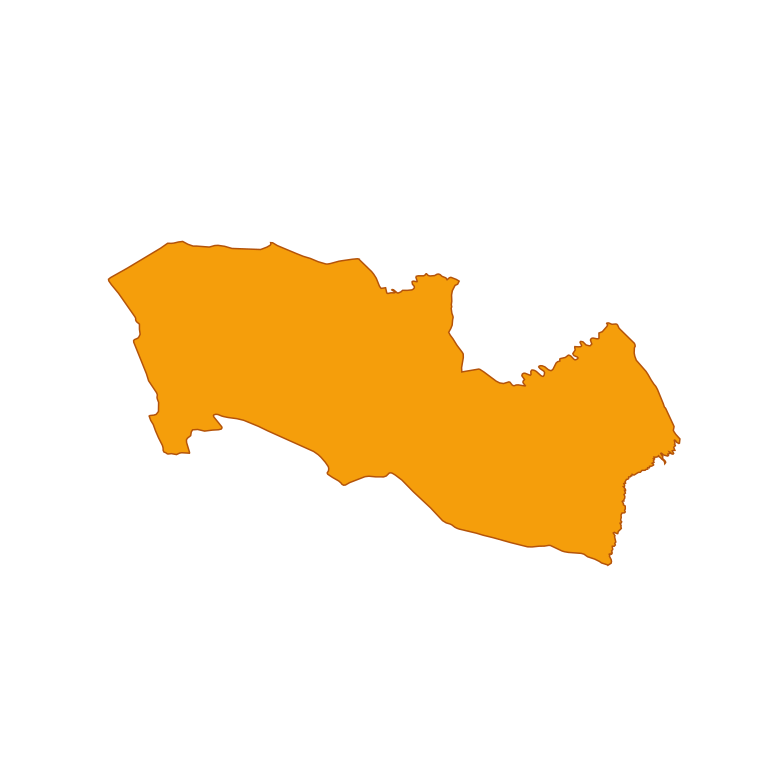 the district of Bokungu, Équateur, Democratic Republic of the Congo, rotated 123°
{"feature_id": "63176286B49430673132917", "entity_name": "Bokungu", "entity_type": "district", "adm_level": 2, "iso_a3": "COD", "parent_name": "Democratic Republic of the Congo", "parent_adm1": "Équateur", "projection": "equal_earth", "projection_center": [22.112, -0.898], "detail": "fine", "context": "isolated", "style": "filled", "palette": "amber", "viewbox_px": 768, "rotation_deg": 123, "n_neighbors": 0, "source": "geoboundaries", "source_scale": "gbopen_adm2", "svg_char_len": 6166}
<svg xmlns="http://www.w3.org/2000/svg" viewBox="0 0 768 768"><g transform="rotate(123 384 384)"><path d="M268.9,105.9L267.3,111.9L266.0,115.0L265.3,116.1L261.8,117.5L261.0,118.6L251.0,134.6L250.6,136.3L248.3,139.2L239.7,151.6L238.0,154.7L237.1,157.6L235.1,162.2L232.2,167.8L230.7,171.2L226.7,185.3L224.1,188.8L221.7,191.1L217.3,193.7L215.5,193.9L214.4,194.9L213.5,196.2L209.6,215.5L209.1,217.4L207.4,220.1L207.1,221.3L207.4,222.2L209.8,225.4L210.4,228.8L211.4,230.2L212.0,230.2L212.5,228.7L214.3,228.4L221.2,229.4L224.2,231.5L228.4,228.7L229.3,229.0L230.0,229.8L231.6,233.7L232.4,234.6L233.5,235.0L234.7,234.8L237.3,231.5L239.6,231.9L240.1,232.5L241.2,235.7L240.3,240.1L241.1,242.2L242.1,242.4L242.5,242.0L243.9,239.4L244.6,239.1L245.6,239.4L246.9,241.1L248.7,244.3L249.4,244.0L251.4,242.2L255.6,242.2L256.3,241.3L256.7,240.0L256.1,236.5L256.4,235.5L257.1,235.3L258.7,236.0L259.7,236.9L259.8,238.3L258.8,242.5L259.0,244.3L259.4,245.1L263.0,246.4L266.8,250.1L267.4,250.1L269.0,249.0L270.7,250.5L272.6,251.1L279.6,250.3L281.5,250.9L282.1,251.7L282.5,254.0L282.0,258.4L282.6,261.3L283.4,262.7L284.4,263.6L285.4,263.6L285.6,263.2L286.1,261.5L286.2,256.9L286.9,255.6L289.3,254.5L290.8,254.6L291.3,255.3L291.5,256.9L290.5,263.0L290.6,265.0L291.2,266.8L291.9,267.7L293.5,267.7L296.0,265.9L297.0,266.0L298.2,271.7L299.0,272.8L300.3,273.4L301.8,273.0L302.2,272.5L303.7,268.6L305.7,268.9L306.8,268.5L307.4,267.6L308.5,264.5L308.8,264.6L311.6,270.9L312.9,272.7L314.3,273.6L315.0,274.7L315.0,276.1L313.9,279.3L314.2,280.4L318.5,284.0L320.1,287.6L320.5,291.5L319.5,306.7L319.5,311.5L319.9,312.7L331.5,325.3L328.1,327.8L318.6,331.9L315.7,333.9L314.8,335.6L311.8,343.9L308.5,350.9L307.0,355.0L305.4,357.9L301.0,358.2L297.5,358.9L292.6,361.5L290.7,362.2L289.8,362.9L287.7,365.6L283.9,368.9L282.4,369.2L280.9,370.7L277.7,372.2L272.6,375.8L268.5,377.5L262.6,378.1L260.2,376.6L256.8,377.0L256.9,380.3L258.1,386.0L259.2,387.0L262.2,387.9L261.3,389.9L262.1,394.1L261.7,396.5L262.0,398.0L263.0,399.3L265.5,400.6L268.4,404.3L268.9,406.0L268.4,408.4L268.7,408.8L270.5,409.0L271.7,409.7L274.7,414.3L276.1,415.6L277.3,415.2L279.7,412.1L280.3,412.1L281.6,415.2L282.5,416.1L283.1,416.1L284.8,414.5L285.6,411.8L286.9,410.9L288.4,411.1L289.9,411.9L292.9,415.6L295.3,419.4L297.5,420.0L299.8,421.5L300.4,422.4L299.8,427.3L300.3,428.6L300.8,428.7L300.9,428.1L300.8,426.0L301.4,424.7L302.0,425.1L303.7,427.8L306.0,430.1L306.1,431.3L302.4,435.1L305.4,438.5L304.5,441.0L299.5,448.1L297.5,452.5L296.5,455.5L293.1,472.6L292.8,472.7L292.9,473.2L293.5,474.6L296.6,478.5L303.6,486.5L305.6,488.7L312.1,494.5L314.0,496.5L315.0,498.1L317.3,505.8L318.8,514.1L320.9,521.3L322.4,528.9L326.0,548.8L326.2,554.3L327.2,556.1L328.3,555.1L329.5,555.0L332.9,556.7L338.4,560.7L353.1,585.3L355.3,592.6L358.1,598.7L360.1,601.4L364.3,605.1L370.3,616.1L372.3,619.2L373.6,624.5L374.1,630.5L376.9,633.8L380.3,637.0L381.9,639.0L383.8,642.1L391.7,645.3L426.5,662.3L443.7,671.3L446.2,672.1L447.4,671.0L449.1,666.9L452.5,656.1L463.3,629.5L464.1,628.1L465.5,627.2L466.2,626.2L466.6,625.1L467.0,621.7L471.3,618.9L475.1,615.6L477.8,615.2L479.6,615.4L482.8,617.5L484.0,617.6L485.3,616.6L504.8,588.8L509.5,583.2L515.2,570.0L516.5,568.2L518.8,567.1L519.9,566.1L522.2,563.0L529.9,558.2L533.5,558.5L535.4,560.0L537.9,563.1L538.8,563.5L541.6,559.8L543.7,555.4L547.8,550.0L551.9,543.8L556.2,536.4L557.9,534.5L560.0,533.0L560.9,531.5L560.5,529.6L560.6,527.7L560.2,526.8L558.2,524.4L556.2,519.6L553.2,517.7L551.8,516.2L548.0,509.5L547.3,509.8L540.6,517.7L538.4,519.3L536.4,519.3L532.6,518.0L529.2,519.5L526.7,519.6L523.6,515.5L521.2,508.8L516.2,502.9L512.5,497.9L510.5,496.0L509.5,495.9L508.7,496.2L508.2,496.9L504.3,508.8L503.5,509.8L502.6,509.9L501.0,508.6L500.0,506.6L499.2,502.4L498.6,500.6L497.0,496.5L493.2,488.5L490.9,482.1L487.9,466.3L486.6,455.9L478.9,406.3L479.1,400.6L479.8,396.8L481.6,390.6L483.7,385.6L485.3,384.1L487.4,383.2L489.2,383.3L489.9,382.8L490.3,382.0L490.4,376.5L490.0,369.2L490.4,366.3L491.0,364.6L490.9,362.8L489.7,361.3L485.4,359.1L472.1,349.5L469.6,346.5L466.4,340.4L462.1,333.7L459.9,332.0L455.8,331.1L454.7,329.8L454.3,328.4L454.2,324.9L454.8,316.7L458.4,300.7L462.5,277.6L466.7,260.5L466.6,256.2L465.4,252.2L465.2,250.4L465.5,246.5L465.2,244.0L464.7,241.9L458.8,225.3L456.8,218.4L453.4,208.6L448.1,191.6L442.4,175.0L440.1,171.2L435.5,165.5L432.6,161.2L429.5,157.8L428.8,156.5L427.1,143.8L426.4,141.4L424.8,137.6L418.6,126.3L417.8,123.6L418.0,119.2L416.1,111.9L415.5,106.7L415.6,104.1L413.9,97.8L414.1,97.5L410.6,95.9L409.0,96.5L407.6,97.8L405.6,101.2L404.8,101.3L404.1,102.4L403.6,102.1L403.0,100.6L402.1,100.4L401.9,101.2L400.9,101.0L399.9,102.3L398.4,102.0L397.7,102.4L396.5,103.7L395.7,104.2L394.7,102.6L393.0,102.3L392.0,103.7L390.3,103.5L386.5,107.5L385.5,107.6L384.1,110.6L383.0,110.1L382.5,106.9L382.1,106.5L380.1,107.2L375.9,106.3L374.7,107.5L373.5,108.1L372.2,110.2L371.4,109.4L370.1,109.6L369.7,110.9L368.9,111.6L366.8,112.3L364.7,113.9L362.6,114.1L361.0,112.1L359.9,112.0L358.8,113.5L357.5,113.5L355.0,115.2L354.9,117.4L353.9,118.1L352.8,120.2L351.9,120.0L351.5,119.1L350.2,119.9L348.8,119.9L347.2,120.7L345.9,122.6L344.0,122.1L342.3,124.3L341.8,123.4L340.9,124.1L339.7,127.3L339.1,126.5L337.8,127.1L336.9,128.6L336.2,127.7L335.5,127.4L335.0,128.5L332.0,128.7L331.1,127.7L330.1,127.3L328.7,128.2L327.8,127.0L327.1,126.7L326.4,127.0L326.0,126.2L324.6,126.7L324.4,125.2L324.0,124.6L319.7,122.6L318.3,120.9L316.0,120.6L314.1,118.0L313.0,117.8L311.8,116.5L310.6,117.3L309.9,115.9L309.4,115.8L308.4,116.5L307.1,114.8L305.2,113.8L304.6,114.2L304.4,116.0L302.6,114.9L301.8,116.2L300.5,116.2L300.0,117.3L299.3,116.5L298.3,117.8L297.2,116.0L296.1,115.0L294.6,114.6L295.2,113.6L295.1,112.4L295.7,110.3L295.9,107.7L296.6,106.3L297.9,105.1L296.5,105.0L295.9,105.5L295.4,106.5L294.7,109.9L293.1,110.6L291.5,114.1L291.0,113.9L290.9,113.0L291.3,110.9L290.0,107.0L289.1,106.5L288.2,107.8L286.5,106.3L285.6,107.9L285.4,106.9L285.9,104.5L285.4,103.4L284.4,103.3L283.1,105.9L282.1,105.2L281.2,103.9L279.5,106.4L278.2,106.5L277.1,106.0L276.7,106.3L276.4,107.5L275.3,107.7L273.1,109.9L272.8,109.8L272.6,108.8L273.5,106.7L273.3,104.3L272.7,104.0L268.9,105.9Z" fill="#f59e0b" stroke="#b45309" stroke-width="1.5"/></g></svg>